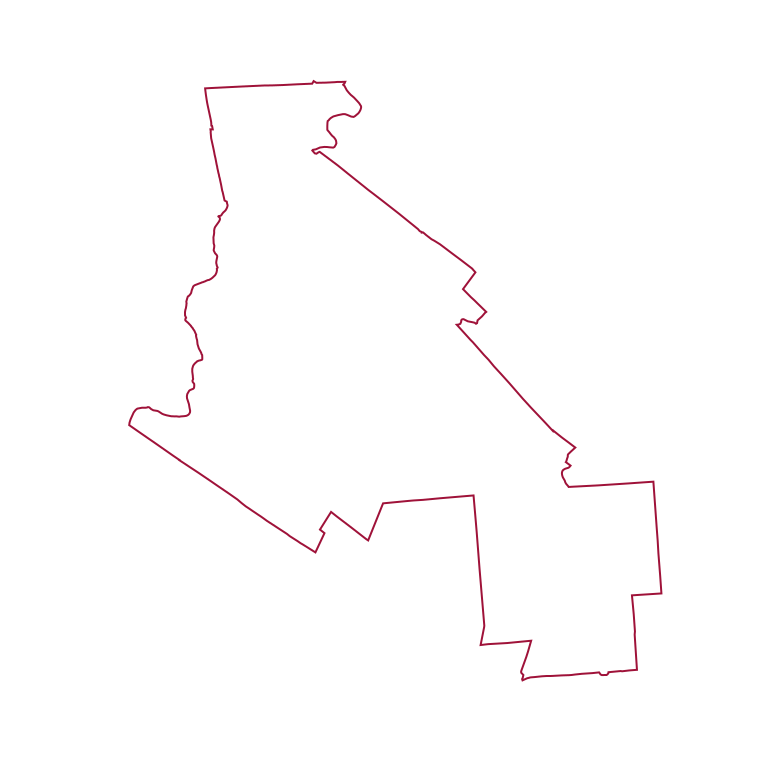 the district of Sarulesti, Calarasi, Romania, rotated 264°
{"feature_id": "2599482B18552862006598", "entity_name": "Sarulesti", "entity_type": "district", "adm_level": 2, "iso_a3": "ROU", "parent_name": "Romania", "parent_adm1": "Calarasi", "projection": "equal_earth", "projection_center": [26.648, 44.417], "detail": "fine", "context": "isolated", "style": "outline", "palette": "rose", "viewbox_px": 768, "rotation_deg": 264, "n_neighbors": 0, "source": "geoboundaries", "source_scale": "gbopen_adm2", "svg_char_len": 6105}
<svg xmlns="http://www.w3.org/2000/svg" viewBox="0 0 768 768"><g transform="rotate(264 384 384)"><path d="M300.8,567.6L311.3,556.3L312.9,554.6L320.1,547.3L319.6,547.1L328.3,540.6L345.4,527.5L354.6,520.7L371.6,508.8L379.3,503.2L390.1,495.2L397.2,490.5L402.4,486.5L416.3,476.7L418.9,474.6L435.3,462.6L435.3,464.3L435.9,466.2L437.7,467.2L439.3,467.5L440.0,468.2L440.2,469.1L440.1,470.0L437.6,473.9L436.4,477.8L435.5,480.5L434.3,481.8L434.8,482.9L437.5,483.7L441.0,488.5L444.3,492.0L444.8,492.9L445.0,493.2L454.5,485.3L457.7,482.7L461.3,479.5L470.1,472.5L485.5,486.6L489.2,483.9L489.4,483.9L498.4,474.4L507.1,465.0L517.1,454.3L521.3,448.9L523.0,446.4L527.5,441.7L529.0,440.3L530.6,438.8L530.6,437.3L531.3,437.3L532.1,435.8L532.6,435.3L534.5,434.0L542.1,426.4L550.0,418.5L551.8,416.7L566.1,401.9L578.9,388.4L597.3,369.8L606.0,361.1L621.6,344.3L621.3,343.1L620.1,340.9L620.6,339.3L623.7,337.1L624.3,337.7L624.5,340.7L625.9,345.1L626.0,349.3L625.7,351.9L625.2,354.1L624.4,358.2L624.9,359.5L626.7,360.9L628.3,361.8L629.8,361.8L631.1,361.7L631.5,361.6L632.7,361.1L634.7,359.9L635.9,358.7L636.8,358.0L638.3,357.0L640.3,355.8L641.7,354.8L642.7,354.2L646.6,354.6L649.9,355.1L651.4,355.5L652.1,356.6L652.9,357.3L654.1,358.9L655.4,361.6L656.2,366.4L656.7,371.5L656.4,373.6L655.3,375.9L653.4,379.3L652.8,381.7L653.4,383.1L655.9,386.8L657.5,388.2L659.2,389.3L660.9,390.0L661.7,390.2L662.7,390.2L665.8,388.7L667.9,387.2L672.0,384.1L674.0,382.2L675.0,381.2L677.4,379.4L680.0,377.7L684.7,375.8L685.6,374.8L686.0,374.7L687.0,376.1L688.6,377.0L688.9,372.9L689.3,369.1L689.3,366.9L689.8,357.7L690.3,351.8L690.6,348.3L692.6,345.7L690.2,344.0L691.1,329.6L691.9,314.7L692.7,303.5L693.4,296.1L694.0,285.9L694.7,274.0L696.5,241.4L696.7,237.0L695.1,237.0L690.4,237.1L685.8,237.3L682.4,237.5L680.1,237.7L665.2,239.3L662.5,239.5L660.1,239.4L659.0,239.3L658.6,240.0L655.1,240.3L655.4,238.0L653.2,238.1L652.3,237.9L651.6,237.9L646.4,237.8L644.7,238.0L636.7,238.9L632.8,239.3L629.9,239.5L625.8,240.0L619.7,240.5L617.5,240.8L616.4,240.8L614.0,241.1L611.1,241.4L609.4,241.7L607.5,241.8L606.0,242.1L603.0,242.4L599.4,242.8L593.1,243.3L591.8,243.6L585.9,244.3L583.2,244.6L583.0,244.8L582.7,245.3L582.0,246.3L581.8,246.7L580.0,246.8L578.5,247.1L577.8,247.1L577.2,246.9L576.0,246.4L575.1,245.9L574.1,245.2L573.3,244.6L572.1,243.1L571.5,242.2L570.5,241.2L569.6,240.4L569.1,240.1L568.9,239.9L568.6,239.5L568.4,239.0L568.3,237.7L568.3,237.2L568.2,237.0L568.0,236.8L567.6,237.0L567.0,237.7L566.4,238.0L566.0,238.1L565.0,238.1L563.9,237.6L562.6,236.7L558.1,232.7L557.4,232.2L556.4,231.7L554.4,231.1L552.1,230.9L550.0,230.4L547.7,229.7L541.7,229.3L540.7,229.5L539.3,229.7L537.7,229.4L535.3,228.7L534.8,228.6L534.3,228.7L531.6,229.7L530.1,230.9L529.0,231.4L528.4,231.5L527.8,231.4L524.0,230.2L522.7,229.9L521.8,229.8L520.9,229.9L520.5,230.0L520.1,230.0L519.2,230.1L518.4,230.3L517.7,230.6L517.1,230.7L516.2,229.8L514.7,229.8L512.5,229.1L511.2,228.4L509.9,227.5L508.9,226.2L507.6,224.5L506.7,223.0L506.2,221.9L505.8,220.9L505.7,219.4L505.2,217.8L504.7,216.5L504.5,215.5L504.2,214.6L504.1,213.6L503.7,212.4L503.1,210.0L502.7,208.6L502.2,206.7L501.9,205.8L501.0,204.5L497.3,202.6L494.7,201.7L493.2,200.5L492.9,200.1L492.2,199.4L492.1,199.2L491.8,198.6L491.5,198.1L491.2,197.9L489.4,197.1L486.6,196.0L484.7,196.1L484.1,195.8L483.4,195.8L480.1,194.9L478.5,194.2L476.3,193.6L473.0,193.3L471.5,193.8L470.5,194.1L470.0,193.5L468.5,193.0L467.6,193.4L465.4,195.5L462.9,197.4L462.0,198.1L461.7,198.1L461.2,198.5L460.4,198.9L459.9,199.4L458.1,200.2L457.0,200.9L453.3,202.1L452.7,202.4L452.2,202.3L451.9,202.1L451.2,202.1L448.6,202.4L447.4,202.7L443.0,202.7L438.6,203.6L434.3,205.4L433.1,205.6L432.5,205.8L431.8,206.2L428.7,206.0L427.5,205.8L427.1,205.4L426.9,204.4L426.7,203.5L426.7,202.7L426.1,200.5L425.5,199.9L425.1,199.2L424.1,197.9L422.9,196.7L421.9,196.0L420.7,195.5L419.1,194.9L417.2,194.7L416.2,194.6L412.7,194.7L411.6,194.7L410.5,194.6L409.1,194.7L408.6,194.6L407.5,193.9L406.2,193.9L404.0,195.2L402.8,195.2L400.9,194.9L399.8,194.5L399.2,193.8L398.2,190.4L397.6,189.5L394.6,187.3L392.5,186.7L390.4,186.6L384.3,187.9L380.8,188.1L377.6,188.4L376.1,188.1L374.7,187.2L373.9,186.3L373.4,185.3L373.0,184.1L372.9,181.8L373.0,178.6L372.9,176.9L373.3,175.2L373.6,173.7L373.6,172.9L374.2,168.9L375.6,164.5L376.8,161.6L377.6,160.2L380.3,156.9L380.9,155.8L382.0,151.8L383.4,149.8L384.2,149.1L385.3,148.1L385.7,146.8L385.4,146.0L385.3,144.3L385.7,140.9L385.3,136.2L385.0,135.6L384.1,134.2L381.9,132.1L375.4,128.3L372.2,126.9L369.7,126.3L359.6,138.0L346.8,152.9L335.0,166.5L330.6,171.7L329.9,172.6L329.7,172.4L315.1,190.2L305.3,201.8L301.1,206.7L291.1,218.5L284.5,226.1L280.5,229.9L276.7,233.8L274.0,237.1L271.6,239.9L269.1,242.9L267.4,244.9L265.1,247.7L263.0,250.1L260.1,253.3L245.0,271.9L242.6,274.3L236.8,281.6L234.3,284.5L233.1,286.2L223.7,298.2L241.9,309.2L245.9,305.1L262.3,318.0L257.2,323.2L243.8,337.4L233.5,348.1L231.6,350.1L230.1,351.9L265.4,370.6L265.2,393.5L265.1,400.9L264.7,410.5L264.6,418.4L264.5,428.0L263.8,461.4L241.8,461.0L226.9,460.7L190.2,459.7L133.2,458.5L131.8,458.2L114.3,452.8L114.4,460.4L113.5,479.5L113.3,503.5L102.7,499.2L97.7,497.0L88.4,492.5L84.7,490.7L83.6,490.3L82.5,490.3L80.0,492.2L77.2,491.2L76.1,490.5L74.8,490.8L76.4,495.6L76.7,497.9L76.8,498.2L76.9,499.2L76.8,503.2L76.8,504.8L76.8,506.5L76.8,510.6L76.6,515.1L76.2,519.1L76.1,520.5L75.6,530.6L75.1,537.5L75.0,540.1L75.1,543.6L75.1,550.5L74.7,561.0L74.7,567.8L72.5,569.0L71.8,570.1L71.3,574.9L71.9,575.9L72.8,576.8L73.9,577.1L73.8,589.4L73.4,590.8L73.5,598.1L73.3,605.7L108.6,607.1L111.6,607.7L129.2,608.3L147.9,608.5L146.7,638.0L164.0,638.6L186.7,639.2L199.6,639.8L213.2,640.2L249.7,641.4L258.7,641.7L259.6,616.1L260.8,586.0L262.2,559.5L262.2,558.8L262.3,557.6L262.3,556.9L263.4,556.3L265.7,554.7L266.8,554.2L267.3,554.0L268.5,553.8L269.4,553.5L272.5,552.1L274.3,551.7L275.5,551.6L276.7,551.6L277.5,551.8L278.6,552.2L279.5,552.9L280.1,553.8L280.8,555.4L281.4,558.6L281.7,559.2L282.3,560.0L283.3,561.0L287.3,556.7L287.6,557.0L288.7,557.5L290.7,558.3L292.1,559.0L292.7,559.2L294.2,559.4L294.8,559.7L297.4,563.0L300.8,567.6Z" fill="none" stroke="#9f1239" stroke-width="2"/></g></svg>